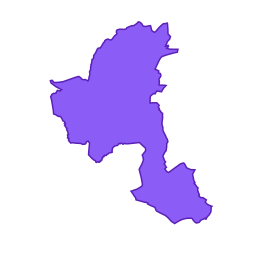 Kiru, Kano, Nigeria, rotated 352°
{"feature_id": "59680162B20086286793745", "entity_name": "Kiru", "entity_type": "district", "adm_level": 2, "iso_a3": "NGA", "parent_name": "Nigeria", "parent_adm1": "Kano", "projection": "orthographic", "projection_center": [8.129, 11.557], "detail": "fine", "context": "isolated", "style": "filled", "palette": "violet", "viewbox_px": 256, "rotation_deg": 352, "n_neighbors": 0, "source": "geoboundaries", "source_scale": "gbopen_adm2", "svg_char_len": 5698}
<svg xmlns="http://www.w3.org/2000/svg" viewBox="0 0 256 256"><g transform="rotate(352 128 128)"><path d="M200.2,217.2L197.5,215.7L195.5,214.1L194.2,212.1L195.6,210.1L192.7,207.5L190.3,207.0L188.7,205.2L188.8,204.9L189.1,204.5L189.2,204.4L189.1,204.1L189.4,203.7L189.1,203.2L188.9,202.5L188.3,199.0L189.0,196.9L187.7,195.5L187.5,194.7L186.9,193.6L186.4,193.0L185.7,192.3L186.7,191.6L186.5,191.3L186.5,190.9L186.1,190.0L185.9,189.0L185.5,182.8L188.4,178.7L184.2,177.9L180.5,175.5L179.9,173.8L179.6,172.8L178.7,170.8L178.3,170.4L176.7,170.5L175.5,170.7L174.4,171.1L162.0,177.7L160.1,176.3L158.8,173.4L160.6,172.3L159.4,169.8L159.5,169.8L158.9,168.5L159.7,167.8L159.9,167.5L160.5,166.8L159.5,165.3L159.4,164.6L159.2,163.5L159.3,163.0L158.9,162.3L158.7,161.5L158.7,160.6L159.4,159.5L159.8,159.1L160.5,157.8L161.0,157.1L161.7,156.7L162.1,156.2L162.1,155.9L162.5,155.8L162.7,155.6L162.7,155.3L162.8,154.7L163.3,153.6L163.4,153.0L163.7,151.9L164.2,148.8L164.4,148.4L164.9,148.1L165.6,147.1L165.5,145.6L165.3,144.6L164.9,143.5L164.4,142.5L164.3,141.4L164.0,140.5L163.6,139.5L163.0,137.7L162.5,136.0L162.3,134.8L162.3,133.9L162.5,133.2L162.6,132.1L162.2,130.0L162.2,128.7L162.6,126.6L163.7,122.8L163.9,120.5L164.0,119.7L164.3,118.4L162.9,116.9L162.6,115.7L162.0,115.2L161.2,114.3L161.8,113.7L161.7,112.9L161.0,112.1L161.0,111.5L161.6,110.6L162.0,109.8L161.3,108.9L160.9,108.2L160.1,107.1L157.7,106.7L154.9,106.4L153.3,106.3L153.8,103.3L154.1,101.4L154.8,99.4L158.4,97.3L159.4,98.0L161.7,95.4L166.3,96.8L167.2,95.4L168.2,94.3L168.9,93.4L171.6,91.2L169.9,90.7L167.6,90.3L165.2,90.0L164.8,89.8L164.9,88.6L165.3,87.7L165.4,86.9L165.6,86.0L165.5,85.6L165.5,85.2L165.4,84.1L166.2,82.9L167.5,81.6L167.9,80.2L167.6,78.6L165.9,77.6L166.4,75.7L163.0,73.5L167.1,67.1L169.5,63.7L171.5,62.0L176.5,61.0L183.3,60.1L187.4,59.8L188.4,57.0L187.5,56.9L183.5,56.3L179.8,55.6L177.5,54.5L179.5,52.9L179.1,51.7L177.5,52.3L176.4,52.4L176.7,51.6L178.1,49.7L178.8,48.2L181.8,45.6L182.2,44.3L182.8,43.5L181.5,41.5L180.7,40.1L181.2,36.4L181.6,30.1L181.4,29.5L179.2,29.8L177.5,29.6L176.1,30.5L172.9,32.7L168.9,36.3L167.4,36.9L165.1,34.8L164.6,30.0L164.4,29.7L159.1,29.9L157.1,29.1L156.1,26.6L154.3,24.7L153.1,24.4L152.8,24.4L151.2,25.8L149.2,26.8L147.7,27.5L146.2,27.2L142.6,28.0L140.7,28.6L140.4,29.2L139.8,29.7L137.5,29.8L136.0,29.4L133.6,29.0L131.7,29.2L130.4,29.7L129.9,30.9L129.8,31.8L130.0,32.4L130.3,32.7L129.6,33.7L128.4,34.3L127.4,35.0L125.8,36.6L124.5,37.9L123.6,38.4L123.0,38.4L121.8,37.9L120.9,37.3L119.7,37.2L118.5,37.5L117.3,38.2L116.3,39.7L115.3,40.5L113.2,43.3L111.6,44.9L110.6,44.7L109.4,44.9L108.6,45.6L107.8,46.8L106.3,49.2L104.1,51.5L103.9,52.7L103.5,54.4L102.5,54.9L101.9,55.1L101.5,57.0L101.0,58.5L100.5,59.6L100.5,60.0L100.1,60.2L100.1,61.1L99.7,61.7L99.1,64.4L99.1,65.4L98.5,65.8L97.9,66.5L97.7,67.4L97.7,69.5L97.4,70.3L97.1,71.1L96.6,71.8L96.2,73.6L94.9,75.8L92.3,74.0L90.7,74.0L89.0,73.2L88.4,71.9L86.5,70.1L83.5,70.4L70.1,73.1L65.3,73.1L61.2,72.7L59.5,70.2L57.7,70.3L58.1,72.8L62.4,77.1L67.6,80.8L66.0,81.8L63.3,80.9L61.3,83.5L59.2,83.4L57.5,84.0L55.8,86.2L56.2,89.6L56.3,92.2L56.5,100.0L56.3,103.8L58.2,104.7L59.8,106.2L61.0,106.9L62.8,107.2L64.0,109.9L64.5,111.8L65.6,112.5L66.1,113.0L66.3,113.4L66.1,113.9L65.7,114.5L66.3,114.8L66.6,115.1L66.7,115.5L66.1,115.9L65.6,116.3L65.5,116.7L65.9,117.1L66.6,118.5L66.7,119.1L67.1,119.5L67.4,119.8L67.3,120.4L67.0,121.1L67.2,121.7L67.5,122.2L67.7,122.9L67.9,124.8L68.2,125.9L68.1,126.2L67.5,126.1L67.2,126.3L67.1,126.7L67.3,128.2L67.2,128.7L66.8,129.0L66.7,129.4L67.0,129.6L67.7,129.7L67.9,129.8L68.0,130.6L67.6,131.1L67.4,131.5L67.4,131.9L67.7,132.1L67.8,132.5L67.8,132.9L67.9,133.3L68.6,133.6L69.1,134.9L71.1,134.9L73.6,135.6L79.4,136.8L80.5,137.8L83.2,138.0L84.1,137.5L84.8,136.0L86.8,135.5L87.8,137.6L86.1,144.8L85.2,149.0L88.1,153.2L88.3,153.3L89.8,155.0L91.1,155.7L91.2,156.1L91.3,156.5L91.4,157.1L91.6,157.6L91.9,157.7L92.0,157.6L92.3,157.5L93.2,157.4L93.3,157.4L93.5,157.3L93.8,157.5L94.2,157.8L94.3,157.9L94.6,157.9L94.6,157.7L94.8,157.4L95.1,157.3L95.5,157.2L95.6,157.3L96.0,157.4L96.2,157.2L96.2,156.8L96.3,156.7L96.8,156.5L96.9,156.4L97.0,156.3L97.3,156.3L97.5,156.2L97.7,155.6L97.8,155.3L98.0,155.1L98.4,154.8L98.4,154.6L98.4,154.0L98.4,153.8L98.5,153.6L98.7,153.4L99.0,153.3L99.4,153.2L99.7,153.3L99.9,153.3L100.1,153.1L100.3,152.8L100.3,152.2L100.4,151.9L100.6,151.8L100.9,151.7L101.3,151.9L101.6,152.0L102.0,152.2L102.8,152.0L103.0,151.6L103.2,151.4L103.3,151.3L104.6,151.0L105.1,150.4L105.5,150.2L105.9,150.1L106.7,150.1L107.5,150.0L108.2,150.0L109.0,149.8L109.1,149.6L109.1,149.4L108.9,149.0L108.9,148.6L108.9,148.3L109.2,148.0L109.4,147.6L109.4,147.3L109.6,146.3L110.3,145.4L110.9,144.8L111.9,144.3L112.3,144.1L113.1,143.9L114.3,143.8L115.5,143.6L116.3,142.5L116.8,142.2L117.1,142.0L117.4,142.3L117.7,142.6L118.2,142.5L118.7,142.2L119.3,142.1L120.0,142.5L120.6,143.3L121.4,143.2L122.3,142.7L122.5,143.0L125.2,143.6L137.3,144.0L140.7,148.3L142.2,149.8L142.5,150.9L142.1,153.4L141.0,154.2L139.8,155.4L138.3,156.8L138.7,158.2L138.9,161.8L136.8,165.5L133.3,170.5L134.2,178.9L134.5,186.0L133.4,187.7L128.4,189.8L122.2,191.0L123.6,193.6L124.3,195.3L125.1,196.9L125.8,198.1L126.0,200.3L131.9,202.8L134.5,204.0L135.7,204.2L137.2,205.1L136.8,205.9L139.1,207.6L143.6,210.3L144.5,214.0L147.9,216.5L152.8,219.8L155.4,222.7L156.9,225.0L158.2,226.7L160.9,229.1L165.0,227.3L169.2,226.0L173.6,225.6L175.2,225.8L178.4,226.1L179.1,227.0L179.4,227.6L180.1,229.0L180.7,229.7L181.3,230.7L182.5,231.6L184.9,231.4L185.9,230.9L186.7,229.9L187.8,229.3L189.2,228.8L190.6,228.6L191.7,228.0L192.2,229.0L192.8,229.0L193.0,228.3L194.1,227.0L196.3,225.3L198.2,222.9L198.9,220.7L199.2,218.2L199.6,217.6L200.2,217.2Z" fill="#8b5cf6" stroke="#5b21b6" stroke-width="1.5"/></g></svg>